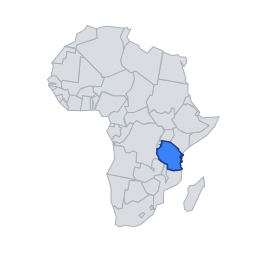 Africa, with United Republic of Tanzania highlighted, rotated 10°
{"feature_id": "TZA", "entity_name": "United Republic of Tanzania", "entity_type": "country or territory", "adm_level": 0, "iso_a3": "TZA", "parent_name": "Africa", "parent_adm1": "", "projection": "mercator", "projection_center": [35.057, -6.356], "detail": "fine", "context": "in_parent", "style": "filled", "palette": "blue", "viewbox_px": 256, "rotation_deg": 10, "n_neighbors": 49, "source": "natural_earth", "source_scale": "50m", "svg_char_len": 13610}
<svg xmlns="http://www.w3.org/2000/svg" viewBox="0 0 256 256"><g transform="rotate(10 128 128)"><path d="M63.1,59.3L63.1,63.6L54.7,63.4L54.8,70.6L52.4,70.9L52.2,76.3L41.7,77.2L51.8,58.5L63.1,59.3Z" fill="#d9dde1" stroke="#a8b0b8" stroke-width="1"/><path d="M160.2,143.5L163.7,153.4L158.6,153.9L157.7,162.4L160.9,163.4L161.1,166.2L154.6,161.9L141.8,160.5L140.7,150.7L136.5,149.8L133.8,152.5L129.9,152.7L126.9,147.1L116.4,146.8L120.0,143.5L122.5,144.7L126.1,141.1L130.3,133.1L132.6,121.3L135.0,119.2L142.5,121.7L150.7,118.6L155.1,118.7L157.8,121.1L161.1,120.3L164.8,126.4L161.5,130.5L160.2,143.5Z" fill="#d9dde1" stroke="#a8b0b8" stroke-width="1"/><path d="M191.4,136.3L189.9,124.9L192.8,121.2L200.1,119.2L207.3,111.5L196.8,108.5L193.9,104.9L195.4,102.6L199.2,105.2L215.8,101.1L213.1,111.3L207.1,121.3L191.4,136.3Z" fill="#d9dde1" stroke="#a8b0b8" stroke-width="1"/><path d="M185.3,144.0L171.8,134.5L174.7,127.2L172.1,121.2L175.4,118.0L182.6,122.8L192.1,122.0L189.9,124.9L191.4,136.3L185.3,144.0Z" fill="#d9dde1" stroke="#a8b0b8" stroke-width="1"/><path d="M148.0,111.0L146.0,109.8L145.1,109.1L145.4,106.1L141.3,99.6L144.0,91.5L146.2,91.7L146.1,79.9L149.1,79.9L149.1,74.4L179.4,74.4L181.0,83.6L183.3,85.3L179.3,88.1L177.9,97.1L172.7,104.7L172.0,109.8L168.9,100.5L165.3,106.9L161.8,105.6L159.2,107.9L153.6,107.8L149.3,105.7L146.2,109.9L148.0,111.0Z" fill="#d9dde1" stroke="#a8b0b8" stroke-width="1"/><path d="M146.1,81.0L146.2,91.7L144.0,91.5L141.3,99.6L143.6,103.4L131.1,111.8L124.3,113.0L120.9,107.5L124.7,106.4L122.5,97.7L119.8,95.0L124.2,89.0L125.9,78.8L123.2,72.0L125.7,70.5L146.1,81.0Z" fill="#d9dde1" stroke="#a8b0b8" stroke-width="1"/><path d="M127.0,208.2L128.2,206.8L132.4,209.6L136.0,207.9L136.0,197.3L138.6,203.2L140.4,202.9L144.8,198.8L150.8,199.4L160.4,189.9L164.9,190.3L166.8,196.2L166.5,200.4L164.5,200.1L163.6,202.9L165.1,204.5L169.1,202.9L167.5,208.7L157.3,220.7L151.1,224.3L142.9,224.0L136.5,226.9L132.2,224.9L131.8,217.3L127.0,208.2ZM159.2,209.3L156.9,209.0L154.2,212.0L157.0,214.0L159.2,209.3Z" fill="#d9dde1" stroke="#a8b0b8" stroke-width="1"/><path d="M159.2,209.3L157.0,214.0L154.2,212.0L156.9,209.0L159.2,209.3Z" fill="#d9dde1" stroke="#a8b0b8" stroke-width="1"/><path d="M164.9,190.3L156.8,188.2L149.8,178.1L154.3,178.6L162.5,172.1L169.1,175.3L168.6,185.0L164.9,190.3Z" fill="#d9dde1" stroke="#a8b0b8" stroke-width="1"/><path d="M160.4,189.9L150.8,199.4L144.8,198.8L140.4,202.9L138.6,203.2L136.0,197.3L136.0,189.2L138.6,189.1L138.6,179.4L149.8,178.1L156.8,188.2L160.4,189.9Z" fill="#d9dde1" stroke="#a8b0b8" stroke-width="1"/><path d="M136.0,189.2L136.0,207.9L132.4,209.6L128.2,206.8L127.0,208.2L124.1,203.9L121.7,189.9L115.2,176.9L149.3,177.6L138.6,179.4L138.6,189.1L136.0,189.2Z" fill="#d9dde1" stroke="#a8b0b8" stroke-width="1"/><path d="M42.6,97.0L40.2,94.0L44.1,89.4L48.0,89.0L54.2,94.3L55.9,100.0L42.7,100.2L42.2,98.2L49.9,97.2L42.6,97.0Z" fill="#d9dde1" stroke="#a8b0b8" stroke-width="1"/><path d="M55.9,100.0L54.2,94.3L55.5,92.3L71.1,92.0L68.8,66.2L72.7,66.1L93.3,80.7L93.3,82.5L96.1,82.2L94.5,91.8L82.5,93.4L75.0,97.3L71.5,105.4L64.7,105.8L61.9,100.4L59.3,101.6L55.9,100.0Z" fill="#d9dde1" stroke="#a8b0b8" stroke-width="1"/><path d="M41.7,77.2L52.2,76.3L52.4,70.9L54.8,70.6L54.7,63.4L63.1,63.6L63.1,59.3L72.7,66.1L68.8,66.2L71.1,92.0L55.5,92.3L54.2,94.3L48.0,89.0L43.2,90.3L43.7,79.6L41.7,77.2Z" fill="#d9dde1" stroke="#a8b0b8" stroke-width="1"/><path d="M92.1,116.0L90.0,116.3L89.5,108.6L87.2,105.2L92.5,100.6L94.9,104.5L92.2,110.2L92.1,116.0Z" fill="#d9dde1" stroke="#a8b0b8" stroke-width="1"/><path d="M123.2,72.0L125.9,78.8L124.2,89.0L119.8,95.0L122.5,97.7L121.5,99.9L118.7,97.0L108.3,99.0L99.1,96.3L95.7,97.2L94.5,102.1L87.9,98.9L86.2,93.5L94.5,91.8L96.1,82.2L115.9,70.4L121.4,73.1L123.2,72.0Z" fill="#d9dde1" stroke="#a8b0b8" stroke-width="1"/><path d="M92.1,116.0L96.4,96.6L108.3,99.0L118.7,97.0L122.5,100.9L115.2,114.2L108.8,115.5L107.0,119.8L100.3,121.1L96.3,116.0L92.1,116.0Z" fill="#d9dde1" stroke="#a8b0b8" stroke-width="1"/><path d="M122.3,98.9L124.7,106.4L120.9,107.5L124.7,112.3L122.2,119.9L126.0,127.6L109.9,126.2L106.9,120.5L107.6,118.0L111.1,114.0L115.2,114.2L122.3,98.9Z" fill="#d9dde1" stroke="#a8b0b8" stroke-width="1"/><path d="M87.5,103.8L90.0,116.3L88.0,116.9L85.1,104.5L87.5,103.8Z" fill="#d9dde1" stroke="#a8b0b8" stroke-width="1"/><path d="M85.3,103.7L88.0,116.9L78.0,119.3L77.7,103.9L85.3,103.7Z" fill="#d9dde1" stroke="#a8b0b8" stroke-width="1"/><path d="M64.7,105.8L69.4,105.0L78.0,107.3L78.0,119.3L65.6,120.9L65.9,117.4L63.3,115.5L64.7,105.8Z" fill="#d9dde1" stroke="#a8b0b8" stroke-width="1"/><path d="M50.3,99.6L59.3,101.6L61.9,100.4L64.7,105.8L64.1,112.3L61.7,113.3L60.3,110.1L58.4,110.6L56.9,106.3L51.4,109.2L46.6,103.7L50.3,99.6Z" fill="#d9dde1" stroke="#a8b0b8" stroke-width="1"/><path d="M42.7,100.2L50.3,99.6L50.2,101.7L46.6,103.7L42.7,100.2Z" fill="#d9dde1" stroke="#a8b0b8" stroke-width="1"/><path d="M63.7,112.4L63.3,115.5L65.9,117.4L65.6,120.9L56.0,114.7L59.1,110.5L61.7,113.3L63.7,112.4Z" fill="#d9dde1" stroke="#a8b0b8" stroke-width="1"/><path d="M51.4,109.2L56.9,106.3L59.1,110.5L56.0,114.7L51.4,109.2Z" fill="#d9dde1" stroke="#a8b0b8" stroke-width="1"/><path d="M71.5,105.4L74.3,98.0L82.5,93.4L86.2,93.5L87.9,98.9L90.8,99.5L87.5,103.8L77.7,103.9L78.0,107.3L71.5,105.4Z" fill="#d9dde1" stroke="#a8b0b8" stroke-width="1"/><path d="M155.1,118.7L147.6,119.0L142.5,121.7L135.0,119.2L132.4,123.1L129.0,122.5L126.1,126.2L122.2,118.1L124.3,113.0L131.1,111.8L143.6,103.4L145.1,109.1L155.1,118.7Z" fill="#d9dde1" stroke="#a8b0b8" stroke-width="1"/><path d="M132.4,123.1L130.3,133.1L126.1,141.1L122.5,144.7L117.5,143.4L115.7,144.9L113.6,142.2L115.5,140.8L114.6,139.1L117.4,137.0L121.0,138.3L122.1,135.4L120.6,131.9L121.7,129.0L119.2,128.7L118.6,126.2L126.0,127.6L129.0,122.5L132.4,123.1Z" fill="#d9dde1" stroke="#a8b0b8" stroke-width="1"/><path d="M114.0,126.3L118.3,126.1L119.2,128.7L121.7,129.0L120.6,131.9L122.1,135.4L121.0,138.3L117.4,137.0L114.6,139.1L115.5,140.8L113.6,142.2L107.7,134.9L109.5,129.5L114.1,129.3L114.0,126.3Z" fill="#d9dde1" stroke="#a8b0b8" stroke-width="1"/><path d="M109.9,126.2L114.0,126.3L114.1,129.3L109.5,129.5L109.9,126.2Z" fill="#d9dde1" stroke="#a8b0b8" stroke-width="1"/><path d="M163.7,153.4L170.1,156.9L168.7,167.4L170.1,168.1L162.3,170.2L162.5,172.1L154.3,178.6L144.5,177.5L141.1,173.6L141.3,165.3L146.6,165.3L146.3,160.1L154.6,161.9L161.1,166.2L160.9,163.4L157.7,162.4L157.9,155.5L159.3,153.6L163.7,153.4Z" fill="#d9dde1" stroke="#a8b0b8" stroke-width="1"/><path d="M168.9,155.7L172.8,158.1L173.5,167.0L176.4,169.8L174.7,175.6L173.2,169.8L168.7,167.4L170.7,159.1L168.9,155.7Z" fill="#d9dde1" stroke="#a8b0b8" stroke-width="1"/><path d="M173.5,161.7L180.9,161.8L188.2,158.5L189.4,170.0L186.0,175.3L174.1,183.6L175.8,195.5L169.5,199.0L169.1,202.9L167.1,202.9L164.9,190.3L168.6,185.0L169.1,175.3L162.7,173.1L162.3,170.2L170.1,168.1L173.2,169.8L174.7,175.6L176.4,169.8L173.5,167.0L173.5,161.7Z" fill="#d9dde1" stroke="#a8b0b8" stroke-width="1"/><path d="M167.1,202.9L165.1,204.5L163.6,202.9L164.5,200.1L167.1,202.9Z" fill="#d9dde1" stroke="#a8b0b8" stroke-width="1"/><path d="M115.7,144.9L117.5,144.8L116.4,146.8L115.7,144.9ZM116.7,147.6L126.9,147.1L129.9,152.7L133.8,152.5L136.5,149.8L140.7,150.7L141.8,160.5L146.6,160.9L146.6,165.3L141.3,165.3L141.1,173.6L144.5,177.5L115.2,176.9L120.3,161.1L116.7,147.6Z" fill="#d9dde1" stroke="#a8b0b8" stroke-width="1"/><path d="M163.0,138.2L163.8,140.6L160.2,143.5L159.4,139.3L163.0,138.2Z" fill="#d9dde1" stroke="#a8b0b8" stroke-width="1"/><path d="M210.9,163.0L213.9,172.7L212.1,172.7L205.5,197.8L201.2,199.7L197.7,198.0L195.9,191.8L198.8,182.6L197.5,177.2L198.7,174.0L203.5,172.8L210.9,163.0Z" fill="#d9dde1" stroke="#a8b0b8" stroke-width="1"/><path d="M42.2,98.2L46.7,96.3L49.9,97.2L42.2,98.2Z" fill="#d9dde1" stroke="#a8b0b8" stroke-width="1"/><path d="M109.5,50.8L104.5,39.3L106.8,30.4L109.5,29.1L111.2,31.1L113.4,29.9L111.2,38.6L114.6,42.3L109.5,50.8Z" fill="#d9dde1" stroke="#a8b0b8" stroke-width="1"/><path d="M63.1,59.3L63.1,55.1L81.9,44.9L79.7,36.0L82.2,34.3L89.0,31.5L106.8,30.4L104.5,39.3L108.4,45.4L110.3,53.4L109.0,63.0L111.6,67.8L115.9,70.4L99.7,81.0L93.3,82.5L93.3,80.7L63.1,59.3Z" fill="#d9dde1" stroke="#a8b0b8" stroke-width="1"/><path d="M178.3,94.8L179.3,88.1L183.3,85.3L185.5,90.8L195.2,99.3L193.4,99.8L187.4,94.6L178.3,94.8Z" fill="#d9dde1" stroke="#a8b0b8" stroke-width="1"/><path d="M51.8,58.5L60.8,51.9L61.5,44.0L67.6,39.3L70.1,34.1L79.7,36.0L81.9,44.9L63.1,55.1L63.1,58.5L51.8,58.5Z" fill="#d9dde1" stroke="#a8b0b8" stroke-width="1"/><path d="M179.4,74.4L149.1,74.4L149.5,47.0L159.1,49.1L164.3,47.1L166.9,48.9L172.7,48.1L174.4,53.1L172.5,58.0L167.8,52.4L176.4,69.1L176.0,71.4L179.4,74.4Z" fill="#d9dde1" stroke="#a8b0b8" stroke-width="1"/><path d="M148.9,46.0L149.1,79.9L146.1,81.0L125.7,70.5L121.4,73.1L111.6,67.8L109.0,63.0L110.7,47.6L114.6,42.3L124.2,44.9L125.4,47.6L134.0,50.9L138.5,43.6L148.9,46.0Z" fill="#d9dde1" stroke="#a8b0b8" stroke-width="1"/><path d="M207.3,111.5L200.1,119.2L186.3,123.3L177.6,120.7L169.4,112.1L178.3,94.8L181.2,95.4L182.0,93.4L191.5,97.4L193.4,99.8L191.9,103.6L194.5,104.0L196.8,108.5L207.3,111.5Z" fill="#d9dde1" stroke="#a8b0b8" stroke-width="1"/><path d="M193.4,99.8L195.9,100.2L194.5,104.0L191.9,103.6L193.4,99.8Z" fill="#d9dde1" stroke="#a8b0b8" stroke-width="1"/><path d="M171.8,134.5L160.8,135.5L165.0,122.4L172.1,121.2L173.3,123.0L174.7,127.2L171.8,134.5Z" fill="#d9dde1" stroke="#a8b0b8" stroke-width="1"/><path d="M162.9,134.9L163.8,137.9L159.4,139.3L160.0,136.2L162.9,134.9Z" fill="#d9dde1" stroke="#a8b0b8" stroke-width="1"/><path d="M164.0,123.1L161.1,120.3L156.7,120.8L146.2,109.9L151.1,105.3L153.6,107.8L159.2,107.9L161.8,105.6L165.3,106.9L168.0,103.6L167.1,101.2L170.0,100.7L172.0,109.8L169.4,112.1L175.4,118.0L170.5,122.4L164.0,123.1Z" fill="#d9dde1" stroke="#a8b0b8" stroke-width="1"/><path d="M169.3,156.2L169.2,156.1L168.9,155.9L168.5,155.8L168.2,155.7L167.8,155.5L167.5,155.4L167.3,155.3L167.0,155.3L166.8,155.3L166.8,155.2L166.7,155.0L166.7,154.9L166.3,154.9L166.2,154.9L165.8,154.6L165.8,154.4L165.5,154.2L165.3,154.1L164.6,154.1L164.3,154.0L164.1,153.8L164.0,153.5L163.8,153.2L163.7,152.8L163.5,152.5L163.3,152.0L163.1,151.6L162.9,151.1L162.8,150.8L162.6,150.5L162.4,150.1L162.3,149.9L162.1,149.7L161.8,149.4L161.3,149.2L161.1,149.0L160.8,148.4L160.7,148.2L160.6,147.8L160.5,147.4L160.8,146.8L160.8,146.7L160.7,146.1L160.6,145.8L160.5,145.6L160.4,145.3L160.2,144.8L160.1,144.6L160.1,144.4L160.2,144.0L160.3,143.5L160.3,143.4L161.1,143.4L161.3,143.3L161.7,143.0L162.2,142.5L162.3,142.2L162.5,141.9L162.7,141.7L162.8,141.6L162.9,141.4L162.9,141.2L163.2,141.0L163.5,140.8L163.4,140.7L163.6,140.5L163.9,140.4L163.9,140.2L163.9,139.9L163.9,139.7L163.7,139.6L163.4,139.5L163.2,139.5L163.0,139.4L162.9,139.2L163.0,139.1L163.1,138.9L162.9,138.8L163.0,138.7L163.2,138.2L163.3,138.2L163.5,138.1L163.8,138.1L164.0,138.0L164.0,137.8L164.1,137.5L164.1,137.3L163.9,137.1L163.9,136.8L164.0,136.4L163.9,136.0L163.8,135.8L163.7,135.6L163.1,135.1L163.0,134.9L163.2,134.7L163.4,134.8L163.6,134.7L163.9,134.6L164.0,134.6L164.3,134.6L164.7,134.6L165.2,134.6L165.6,134.6L166.1,134.6L166.5,134.6L167.0,134.6L167.5,134.6L167.9,134.6L168.4,134.6L168.8,134.6L169.3,134.6L169.7,134.6L170.2,134.6L170.6,134.6L171.1,134.6L171.5,134.6L171.8,134.6L172.0,134.6L172.4,134.8L172.9,135.1L173.5,135.4L174.0,135.7L174.6,136.0L175.1,136.3L175.7,136.6L176.2,136.9L176.8,137.2L177.3,137.5L177.8,137.8L178.4,138.1L178.9,138.5L179.5,138.8L180.0,139.1L180.6,139.4L181.1,139.7L181.4,139.8L181.5,140.2L181.5,140.3L181.5,140.5L181.3,140.7L181.3,140.9L181.3,141.0L181.5,141.1L181.7,141.3L181.8,141.4L182.0,141.6L182.4,141.9L182.8,142.2L183.2,142.4L183.6,142.7L183.9,143.0L184.3,143.3L184.7,143.6L185.1,143.9L185.3,144.0L185.1,144.8L185.1,145.0L185.0,145.4L184.8,146.1L184.6,146.4L184.4,147.1L184.3,147.6L184.5,147.9L184.5,148.2L184.8,148.6L185.0,148.7L185.1,148.8L185.4,149.1L185.6,149.5L186.0,149.6L186.2,150.0L186.2,150.3L185.9,150.5L185.7,150.8L185.6,151.3L185.6,152.0L185.7,151.9L185.9,152.0L186.0,152.6L185.7,153.2L185.6,153.4L185.6,153.7L185.8,154.4L186.1,154.8L186.0,155.0L186.5,155.6L186.4,156.2L186.6,156.6L186.7,157.0L186.8,157.3L186.8,157.5L186.7,157.7L187.0,157.8L187.3,158.1L187.6,158.1L187.9,158.3L188.4,158.6L188.5,158.8L188.3,159.1L187.8,159.5L187.4,159.8L186.9,160.1L186.6,160.2L186.3,160.2L186.0,160.4L185.7,160.6L185.3,160.7L184.8,160.7L184.3,160.9L183.8,161.2L183.5,161.4L183.1,161.1L182.7,161.0L182.3,161.0L182.1,161.1L181.9,161.3L181.8,161.6L181.6,161.8L181.1,162.1L180.7,162.1L180.3,162.1L180.0,162.0L179.9,161.8L179.7,161.8L179.4,161.8L179.1,161.9L178.9,162.1L178.5,162.2L177.9,162.1L177.7,162.0L177.6,161.9L177.4,161.7L176.9,161.5L176.6,161.5L176.4,161.7L176.2,161.8L175.9,161.9L175.7,161.8L175.1,161.8L174.5,161.8L174.5,161.7L174.3,161.3L174.2,161.2L173.9,160.9L173.7,160.6L173.6,160.4L173.7,160.0L173.8,159.8L173.8,159.5L173.7,159.3L173.6,159.1L173.5,158.8L173.5,158.7L173.5,158.3L173.4,157.9L173.3,157.6L172.9,157.1L172.3,156.5L172.1,156.4L172.0,156.5L171.9,156.6L172.0,156.7L171.9,156.8L171.7,156.8L171.5,156.7L171.3,156.7L170.9,156.7L170.7,156.7L170.4,156.5L170.1,156.4L169.8,156.4L169.4,156.1L169.3,156.2ZM186.1,147.8L186.3,148.4L186.3,148.5L186.1,148.5L185.9,148.3L185.6,148.1L185.3,147.8L185.4,147.6L185.3,147.2L185.5,147.0L185.6,146.7L185.7,146.9L185.8,147.3L185.9,147.7L186.1,147.8L186.1,147.8ZM187.0,144.6L187.0,144.8L187.0,145.2L187.0,145.5L186.9,145.8L186.7,146.0L186.6,145.9L186.6,145.1L186.5,144.6L186.8,144.7L187.0,144.6ZM186.6,152.5L186.4,152.4L186.5,152.3L186.7,152.1L187.0,151.8L187.1,151.7L187.1,151.8L186.9,152.3L186.6,152.5Z" fill="#3b82f6" stroke="#1e3a8a" stroke-width="1.5"/></g></svg>